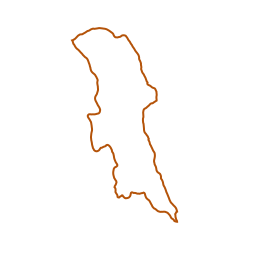 outline of X-1 Right Bank Essequibo, Upper Demerara-Berbice, Guyana, rotated 158°
{"feature_id": "73187651B95579298937311", "entity_name": "X-1 Right Bank Essequibo", "entity_type": "district", "adm_level": 2, "iso_a3": "GUY", "parent_name": "Guyana", "parent_adm1": "Upper Demerara-Berbice", "projection": "robinson", "projection_center": [-58.454, 5.555], "detail": "fine", "context": "isolated", "style": "outline", "palette": "amber", "viewbox_px": 256, "rotation_deg": 158, "n_neighbors": 0, "source": "geoboundaries", "source_scale": "gbopen_adm2", "svg_char_len": 5806}
<svg xmlns="http://www.w3.org/2000/svg" viewBox="0 0 256 256"><g transform="rotate(158 128 128)"><path d="M113.8,32.0L113.7,32.3L113.6,33.7L113.5,35.0L113.6,36.1L114.0,37.5L114.7,39.1L115.1,40.2L115.4,41.1L115.9,42.2L116.2,43.2L116.4,45.9L116.3,47.4L116.3,48.8L116.3,50.0L116.3,51.3L116.3,52.7L116.4,54.0L116.3,55.4L116.2,56.9L116.2,58.0L116.2,59.3L116.4,60.6L116.5,61.7L116.3,63.0L116.0,64.3L115.9,65.3L115.9,66.5L116.0,67.5L116.3,68.4L116.2,69.4L115.7,70.2L115.4,71.8L115.5,73.4L116.0,74.3L116.7,75.3L117.2,76.3L117.4,77.6L117.3,78.6L117.0,79.7L116.8,80.8L116.7,81.7L116.8,83.0L116.9,84.3L116.6,85.7L116.5,86.7L116.2,87.7L115.7,88.6L115.2,89.3L114.4,90.5L113.8,91.5L113.3,92.6L112.9,93.9L112.7,95.0L112.8,95.9L113.1,97.2L113.2,98.3L113.3,100.8L113.4,101.9L113.4,103.2L113.7,104.5L113.5,105.8L113.3,107.1L113.4,108.3L113.5,109.4L112.8,110.1L112.9,111.2L112.8,112.7L113.2,114.0L113.4,114.9L113.6,115.9L114.0,117.0L114.2,118.0L114.1,119.1L113.9,120.1L113.4,121.5L113.0,122.8L112.7,123.8L112.4,124.8L112.0,126.2L112.0,127.1L111.6,128.5L111.2,129.7L110.7,130.9L110.2,131.6L109.6,132.4L109.1,133.8L108.7,135.0L108.4,135.9L108.1,136.8L107.6,137.6L107.1,138.4L106.4,139.2L105.6,139.6L104.7,139.7L103.8,139.8L102.9,140.1L102.1,140.4L101.2,140.7L100.0,141.1L99.0,141.6L98.1,142.0L97.1,142.1L96.4,141.8L95.5,141.8L94.5,142.1L93.4,142.3L92.5,142.5L91.2,142.7L90.8,143.8L90.5,144.9L90.1,146.0L89.6,146.9L89.0,147.9L88.7,148.9L88.3,150.2L88.0,151.1L88.1,152.3L88.1,153.5L88.3,154.5L89.1,155.4L90.2,156.3L90.8,157.3L91.3,158.3L91.9,159.2L92.8,160.1L93.5,161.1L93.4,162.1L92.8,162.9L93.2,164.2L93.1,165.2L93.1,166.1L93.0,167.6L93.1,169.0L93.3,170.5L93.3,171.8L93.7,173.0L93.9,174.1L93.9,175.3L93.8,176.2L93.8,177.5L93.4,178.4L92.9,179.2L92.6,180.3L92.3,181.8L91.8,183.0L91.7,184.2L91.7,186.1L91.9,187.1L91.7,188.2L91.2,189.4L91.0,190.8L91.0,192.0L91.2,193.0L91.5,194.2L91.9,195.5L92.3,197.0L92.5,198.7L92.8,200.2L93.2,201.8L93.3,203.4L93.6,204.5L93.8,205.4L93.9,206.4L94.0,207.4L94.4,208.6L94.7,209.8L94.8,210.9L95.0,212.3L95.3,213.2L95.6,214.4L96.5,215.2L97.7,215.8L98.8,216.0L99.8,215.8L100.8,215.5L101.7,215.6L102.6,215.8L103.8,215.9L104.8,216.4L105.6,216.8L106.1,217.5L106.4,218.5L106.5,219.6L106.5,220.8L106.9,221.9L107.6,223.0L108.4,224.3L108.9,225.1L109.5,225.9L110.7,227.4L111.6,228.2L112.5,228.8L113.4,229.3L114.4,229.9L115.5,230.5L116.4,231.0L117.4,231.5L118.5,231.7L119.4,231.9L120.3,232.1L121.1,232.3L122.2,232.6L122.9,233.1L123.7,233.3L124.8,233.3L125.7,233.3L126.9,233.0L128.1,232.9L129.2,233.1L130.1,232.9L131.0,232.7L131.9,232.5L132.8,232.4L133.8,232.3L134.8,232.1L135.7,232.1L136.7,232.5L137.7,232.7L138.7,232.5L139.8,232.3L140.6,231.9L141.7,231.4L142.8,230.9L143.7,230.5L144.7,230.4L145.5,230.1L147.0,230.2L146.8,228.9L147.0,227.8L147.1,226.5L146.7,225.5L146.6,224.3L146.4,222.9L146.1,221.7L145.7,220.7L145.2,219.8L144.7,219.0L144.3,217.9L143.9,216.9L143.6,215.9L143.1,214.8L142.7,213.8L142.5,212.8L141.9,211.4L141.4,210.1L140.9,209.3L140.3,208.4L139.9,207.2L139.8,206.2L139.8,204.4L139.9,203.1L139.9,201.6L140.0,200.5L140.2,199.5L140.3,197.9L140.6,196.7L140.7,195.5L140.7,194.4L140.4,193.3L140.0,192.3L139.5,191.4L139.0,190.5L138.6,189.5L138.4,188.0L138.2,186.8L138.2,185.8L138.1,184.7L138.2,183.7L138.8,182.8L139.6,181.4L139.9,180.3L140.2,178.9L140.4,177.8L140.8,176.7L141.2,175.4L141.6,174.4L142.5,173.2L143.4,172.1L144.2,171.1L145.0,170.5L145.7,170.0L146.7,169.1L147.4,168.0L147.8,166.5L147.8,164.9L147.6,163.3L147.5,161.9L147.4,160.4L147.1,158.9L146.9,157.8L146.9,156.8L146.9,155.7L147.3,154.7L147.9,153.8L148.5,153.1L149.5,152.6L150.3,152.6L151.4,152.8L152.4,152.9L153.6,153.1L154.7,153.5L155.9,154.0L157.0,154.4L158.1,155.0L159.0,155.3L159.9,155.1L160.6,154.6L161.0,153.5L160.9,152.4L160.7,151.5L160.4,150.1L160.3,148.8L160.1,147.6L160.2,146.7L160.5,145.4L160.7,144.5L160.9,143.6L161.2,142.6L161.6,141.0L161.9,140.1L162.4,139.0L163.0,138.2L163.9,136.9L164.6,135.6L165.3,134.3L165.9,133.0L166.3,131.5L166.6,130.6L166.8,129.3L167.1,127.7L167.5,126.2L167.7,124.9L167.8,123.7L168.0,122.7L167.8,121.3L167.7,120.2L167.3,119.4L166.7,118.7L165.7,118.1L164.8,118.0L163.7,118.1L162.7,118.5L161.6,119.3L160.7,119.8L159.7,119.5L158.9,119.6L157.9,119.7L157.1,119.7L156.3,119.6L155.3,119.7L154.5,120.2L153.5,120.1L152.8,119.6L152.1,118.6L151.7,117.4L151.4,116.2L151.4,115.1L151.2,114.2L151.4,112.9L151.6,111.9L151.3,110.7L151.2,109.7L151.4,108.6L151.6,107.3L151.9,106.2L152.1,105.1L152.2,104.1L152.2,103.0L152.2,101.5L152.1,100.4L151.8,99.1L151.7,97.9L152.1,97.0L153.3,96.5L154.2,96.5L155.3,96.3L156.5,95.4L157.0,94.6L157.6,93.7L158.2,92.7L158.7,91.5L159.0,90.5L159.2,89.3L159.4,87.7L159.5,86.7L159.3,85.7L159.1,84.4L158.8,83.2L159.0,82.0L159.7,81.1L160.5,80.2L161.3,79.6L162.1,79.0L162.7,78.1L162.4,77.3L162.4,76.1L162.8,75.1L163.1,74.3L163.6,73.4L163.5,72.4L163.3,71.3L163.1,70.3L163.1,69.3L163.5,68.1L163.1,67.3L162.2,66.9L161.4,67.3L160.4,67.4L159.5,67.6L158.7,67.8L158.3,67.4L158.4,67.1L157.7,65.4L157.3,64.5L156.6,63.8L155.7,63.5L154.9,63.3L154.0,63.2L153.0,63.3L152.2,63.7L151.5,64.1L150.8,64.9L150.1,66.0L149.4,66.8L148.5,66.9L147.8,66.4L147.2,65.7L145.9,65.2L145.1,64.7L144.4,64.0L143.6,63.5L142.8,63.2L141.9,62.7L140.9,62.6L139.9,62.5L138.8,62.2L137.9,62.3L137.2,61.7L137.0,60.7L137.2,59.4L137.3,58.3L137.3,57.2L137.2,56.2L136.8,55.2L136.3,54.2L135.6,53.1L135.3,51.8L135.2,50.7L135.1,49.6L135.0,48.6L134.8,47.3L134.8,46.1L134.4,44.8L133.9,43.6L133.2,42.9L132.6,42.0L132.2,41.1L131.3,39.6L130.6,39.0L129.7,38.3L128.9,37.9L128.1,37.7L127.2,37.3L126.2,37.0L125.1,36.5L124.2,35.7L123.3,34.8L122.8,34.0L122.5,33.0L122.1,32.1L121.8,30.9L121.7,29.5L121.5,28.1L120.9,27.2L120.3,26.4L119.9,25.3L119.8,24.3L119.1,23.7L118.4,23.1L117.6,22.7L117.4,23.3L117.6,25.6L117.4,26.4L117.3,27.6L116.5,30.1L116.5,30.5L116.0,30.8L114.6,32.0L114.1,32.0L113.8,32.0Z" fill="none" stroke="#b45309" stroke-width="2"/></g></svg>